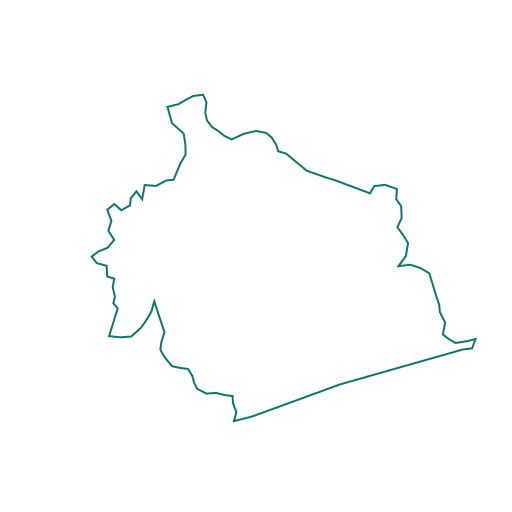 Sobradinho, Rio Grande do Sul, Brazil (Robinson projection), rotated 246°
{"feature_id": "56859067B99876923576431", "entity_name": "Sobradinho", "entity_type": "district", "adm_level": 2, "iso_a3": "BRA", "parent_name": "Brazil", "parent_adm1": "Rio Grande do Sul", "projection": "robinson", "projection_center": [-53.013, -29.404], "detail": "fine", "context": "isolated", "style": "outline", "palette": "teal", "viewbox_px": 512, "rotation_deg": 246, "n_neighbors": 0, "source": "geoboundaries", "source_scale": "gbopen_adm2", "svg_char_len": 1443}
<svg xmlns="http://www.w3.org/2000/svg" viewBox="0 0 512 512"><g transform="rotate(246 256 256)"><path d="M114.1,168.7L111.0,186.8L104.5,280.7L86.5,406.9L83.7,415.8L90.9,422.8L92.2,414.8L95.4,402.9L101.1,398.7L108.3,394.8L118.2,401.7L130.1,401.2L137.2,403.6L146.4,404.4L157.8,405.8L169.7,407.3L178.2,401.2L185.1,393.7L188.8,382.0L194.9,392.8L205.8,400.1L215.4,398.9L224.7,396.8L231.5,404.5L242.4,408.9L250.9,407.2L259.8,412.0L268.5,402.9L271.7,392.5L266.9,385.6L293.1,359.0L299.6,351.5L313.2,337.1L337.5,325.0L342.6,318.9L349.4,319.7L358.0,318.4L364.4,315.3L370.2,306.9L372.6,294.3L372.4,281.2L378.5,276.0L385.7,272.3L391.5,268.4L399.9,266.3L408.1,268.2L416.4,273.2L424.9,273.2L427.7,263.8L427.3,256.2L426.2,246.9L428.3,235.8L411.6,233.3L397.2,239.7L386.7,236.9L377.4,233.0L370.9,224.1L359.1,211.7L361.5,204.8L360.7,193.1L366.1,183.2L354.2,175.1L363.7,173.1L359.7,165.1L353.5,161.5L352.6,151.5L361.1,147.7L358.7,138.9L347.0,138.2L339.1,131.4L328.4,133.0L323.9,123.8L324.2,113.7L322.3,105.6L314.3,107.6L307.8,115.6L297.9,111.7L292.9,117.3L286.0,112.5L276.1,110.5L270.7,106.4L264.4,108.4L242.6,89.2L236.9,98.9L233.2,109.2L237.3,122.0L243.0,131.3L247.8,137.8L256.0,144.6L223.6,141.4L216.4,134.9L209.5,130.6L203.1,131.0L196.2,132.5L189.4,134.6L184.9,140.7L180.5,147.9L172.3,149.1L165.5,147.9L158.7,148.2L150.5,154.7L147.2,163.8L142.0,170.4L137.6,177.6L130.7,175.1L121.3,174.6L114.1,168.7Z" fill="none" stroke="#0f766e" stroke-width="2"/></g></svg>